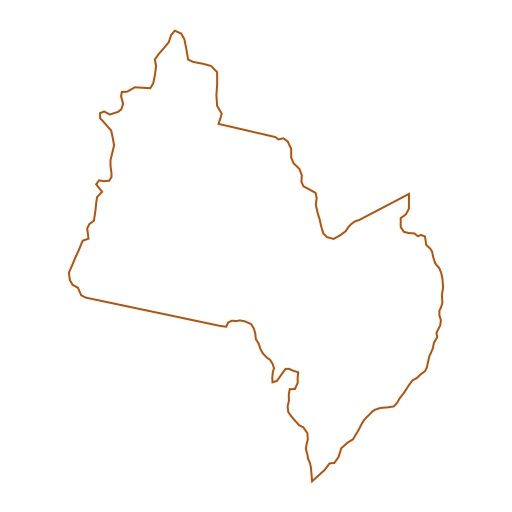 outline of Novo Brasil, Goiás, Brazil
{"feature_id": "56859067B90226026363141", "entity_name": "Novo Brasil", "entity_type": "district", "adm_level": 2, "iso_a3": "BRA", "parent_name": "Brazil", "parent_adm1": "Goiás", "projection": "natural_earth1", "projection_center": [-50.63, -16.056], "detail": "fine", "context": "isolated", "style": "outline", "palette": "amber", "viewbox_px": 512, "rotation_deg": 0, "n_neighbors": 0, "source": "geoboundaries", "source_scale": "gbopen_adm2", "svg_char_len": 2530}
<svg xmlns="http://www.w3.org/2000/svg" viewBox="0 0 512 512"><path d="M437.3,337.0L436.4,333.2L438.1,329.4L440.2,325.5L440.9,320.2L439.4,315.4L439.4,310.7L441.1,307.2L442.4,302.8L441.9,295.1L443.1,287.6L442.4,278.4L441.2,272.9L439.3,268.3L435.2,263.4L433.2,257.1L432.1,251.7L430.2,248.6L426.2,244.9L425.0,236.5L421.1,235.0L417.8,236.2L414.4,233.4L408.8,233.1L403.8,231.8L400.7,227.1L400.7,218.1L405.8,214.5L408.9,208.8L409.0,193.9L359.0,220.1L354.7,221.5L351.5,223.9L348.8,226.5L345.6,231.3L340.0,235.4L333.6,238.9L327.1,237.2L323.4,233.6L321.1,226.1L319.7,219.5L317.7,213.1L315.8,204.9L316.7,198.1L315.5,192.8L303.4,186.3L301.4,181.7L301.8,175.2L299.4,168.9L293.5,163.2L291.2,157.5L291.2,149.0L287.7,141.5L283.4,138.3L278.6,139.4L275.4,137.1L218.5,123.9L220.2,119.0L221.7,113.7L217.1,105.8L216.4,95.1L217.2,83.7L217.1,72.1L211.1,66.0L203.2,63.8L198.6,63.0L192.8,61.8L188.1,59.5L186.5,50.0L184.4,39.3L181.2,33.6L174.8,30.7L171.2,35.0L168.7,42.3L164.0,48.0L158.9,53.8L154.8,59.5L156.1,65.8L155.0,74.7L153.2,83.4L150.3,88.2L134.9,87.3L127.1,91.7L121.8,92.0L121.1,96.3L123.1,103.9L121.3,109.3L118.1,111.9L109.8,114.5L104.1,111.5L100.1,113.1L100.1,118.2L103.5,121.8L111.2,130.6L112.9,138.7L114.1,145.3L110.5,160.2L110.5,165.6L111.5,173.4L111.5,177.0L109.2,180.7L103.6,181.2L99.2,180.3L96.2,184.3L102.1,191.8L97.1,197.1L96.2,203.0L95.6,209.2L94.8,214.9L93.9,220.8L89.4,224.0L87.2,228.5L88.5,238.7L82.7,240.7L78.1,251.7L75.6,257.0L72.7,264.0L68.9,272.7L69.9,280.2L72.6,284.9L77.9,287.7L81.2,295.3L86.0,297.7L221.0,326.1L226.3,326.7L228.1,322.5L232.0,320.7L236.4,321.1L239.9,320.4L245.0,321.4L251.1,324.1L253.9,328.7L255.3,333.6L255.8,339.1L258.7,343.6L260.5,349.2L263.0,353.6L266.8,357.5L270.0,359.8L272.6,363.9L274.0,368.2L272.8,372.3L272.3,377.5L272.5,382.3L276.9,380.9L285.5,368.9L288.9,368.8L293.4,370.8L298.2,372.3L297.6,378.4L297.7,382.8L294.9,389.0L289.7,389.2L288.8,394.5L288.9,401.0L287.6,406.3L288.3,412.1L291.2,416.2L293.8,419.3L296.9,422.7L299.2,425.3L303.3,427.3L307.4,433.2L307.8,439.5L306.5,444.4L305.9,449.0L307.4,454.5L308.0,458.6L310.0,463.0L311.0,468.1L312.1,481.3L324.7,469.9L329.5,463.4L334.3,463.0L338.5,457.1L341.3,448.2L347.6,442.6L353.0,439.3L358.6,430.0L361.5,424.2L364.0,420.2L366.2,417.6L369.2,414.8L372.1,411.7L375.1,409.7L380.2,408.0L384.5,407.6L388.1,407.3L393.9,406.4L397.2,402.6L399.8,398.1L404.1,392.6L408.8,385.3L412.5,380.4L416.9,378.0L420.6,374.4L425.1,371.1L426.9,367.3L427.9,362.6L429.2,356.6L430.8,353.2L432.9,348.2L434.0,342.5L437.3,337.0Z" fill="none" stroke="#b45309" stroke-width="2"/></svg>